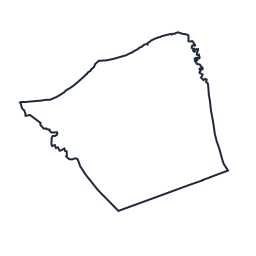 Central Badibu, North Bank, Gambia (orthographic projection), rotated 160°
{"feature_id": "56634734B73613655778936", "entity_name": "Central Badibu", "entity_type": "district", "adm_level": 2, "iso_a3": "GMB", "parent_name": "Gambia", "parent_adm1": "North Bank", "projection": "orthographic", "projection_center": [-15.935, 13.52], "detail": "fine", "context": "isolated", "style": "outline", "palette": "slate", "viewbox_px": 256, "rotation_deg": 160, "n_neighbors": 0, "source": "geoboundaries", "source_scale": "gbopen_adm2", "svg_char_len": 3103}
<svg xmlns="http://www.w3.org/2000/svg" viewBox="0 0 256 256"><g transform="rotate(160 128 128)"><path d="M165.4,53.4L155.4,53.4L152.8,53.4L149.7,53.4L136.3,53.4L135.8,53.4L126.7,53.4L118.8,53.4L96.9,53.5L95.4,53.5L88.5,53.5L82.7,53.4L75.8,53.3L75.8,53.6L75.6,53.6L66.4,53.6L64.4,53.7L49.9,53.8L48.6,53.8L50.3,61.4L50.3,63.8L50.3,65.2L49.4,76.0L49.3,76.6L49.2,84.9L48.4,93.1L47.4,97.5L46.0,104.5L45.8,105.5L44.1,115.8L43.7,117.3L43.7,117.5L41.5,126.6L40.9,130.4L40.5,132.3L40.1,133.6L39.7,135.0L38.2,140.2L37.8,142.7L39.0,144.6L37.8,146.0L37.5,146.6L38.8,147.8L40.7,147.2L41.2,148.5L42.2,150.4L41.8,150.7L40.2,151.9L39.6,152.8L40.8,154.3L41.6,154.7L41.8,155.3L41.9,155.6L41.5,156.2L40.0,157.1L40.6,158.4L40.6,159.1L39.6,159.4L39.3,159.3L38.3,158.1L37.9,157.9L37.9,158.5L37.4,158.8L38.9,163.1L40.9,164.4L41.7,165.1L41.2,166.5L42.0,167.3L42.0,167.5L42.3,168.0L41.8,168.7L40.7,168.4L39.6,168.2L39.5,168.5L39.8,169.5L41.0,169.5L41.7,169.8L41.7,170.3L40.8,170.6L38.6,170.4L37.8,169.3L37.2,169.0L36.6,169.6L36.3,172.7L36.8,172.7L37.5,172.7L38.2,173.3L37.9,174.3L37.1,175.9L37.0,176.0L35.8,176.8L35.3,178.3L36.1,178.5L37.8,178.7L39.4,176.9L40.1,177.4L40.3,178.5L38.8,179.7L38.8,180.0L39.5,180.1L40.3,180.6L40.7,181.6L40.4,182.3L39.7,183.2L38.7,183.5L37.1,182.6L36.7,182.6L36.7,183.6L37.2,185.4L37.7,187.4L38.0,187.7L40.2,188.0L41.5,188.9L41.5,189.0L40.2,192.3L39.6,194.2L40.5,195.5L42.5,196.8L44.3,197.7L46.0,199.0L47.9,200.5L48.6,200.7L48.6,200.8L49.0,200.8L49.3,200.8L50.7,200.9L51.4,200.5L52.4,200.9L54.6,201.3L55.0,200.9L56.3,201.9L57.0,201.9L62.4,202.5L63.6,202.6L65.3,202.7L65.9,202.6L66.2,202.6L66.9,202.4L67.5,202.7L71.7,202.7L76.5,202.3L77.5,201.8L78.4,201.4L79.8,201.4L80.3,201.2L80.5,200.9L80.8,200.3L81.0,199.9L81.4,200.5L84.2,200.8L85.2,200.3L86.2,200.3L86.8,199.7L88.1,199.7L89.1,199.7L89.5,199.4L90.5,199.3L91.8,198.8L94.4,198.4L97.4,197.9L97.9,197.9L98.7,197.4L99.0,197.5L100.1,197.6L105.0,197.0L117.7,197.9L124.5,198.8L128.0,199.8L132.6,201.1L137.0,199.3L139.3,196.8L142.5,195.7L143.3,194.9L143.8,194.5L145.5,194.2L147.0,193.9L147.7,192.9L148.8,192.9L149.3,192.4L150.4,192.0L153.8,190.6L157.0,189.3L159.4,188.3L163.0,187.1L164.8,186.4L169.9,185.1L172.9,184.7L176.1,183.3L179.9,182.4L184.5,181.6L188.8,181.4L190.2,181.2L191.3,181.2L192.5,181.5L195.4,182.5L199.9,183.4L203.8,184.4L212.2,186.7L215.3,187.4L219.3,188.9L220.7,188.9L220.4,187.9L220.7,185.1L220.7,181.9L219.5,180.2L219.5,178.2L219.5,176.8L220.1,174.5L217.2,173.9L215.8,173.9L208.4,162.6L209.2,161.4L209.2,160.6L207.2,156.0L204.8,155.5L204.5,154.4L202.3,153.4L202.7,152.3L201.3,149.8L197.7,148.7L196.3,148.4L196.3,147.0L197.3,145.9L199.1,145.5L201.6,146.2L203.4,144.4L203.7,143.0L204.4,141.6L205.5,139.1L205.5,137.4L205.5,137.0L202.6,137.0L202.6,133.8L200.5,133.8L200.1,130.2L199.1,129.8L194.9,130.5L194.9,127.9L193.6,127.0L194.9,123.0L195.8,122.5L194.0,118.9L191.3,117.6L187.8,117.6L186.0,115.9L186.0,108.3L185.5,106.4L184.1,100.0L183.7,98.5L183.4,97.5L181.7,92.6L180.4,88.7L177.6,80.4L177.5,79.9L176.6,78.1L175.0,74.4L174.6,73.6L173.8,71.9L168.5,60.3L167.9,58.9L165.4,53.4Z" fill="none" stroke="#1e293b" stroke-width="2"/></g></svg>